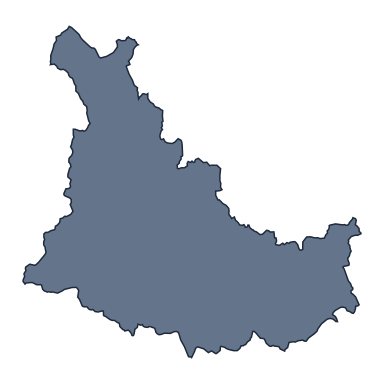 outline of Canas, Cusco, Peru
{"feature_id": "86281439B51394298933174", "entity_name": "Canas", "entity_type": "district", "adm_level": 2, "iso_a3": "PER", "parent_name": "Peru", "parent_adm1": "Cusco", "projection": "natural_earth1", "projection_center": [-71.322, -14.372], "detail": "fine", "context": "isolated", "style": "filled", "palette": "slate", "viewbox_px": 384, "rotation_deg": 0, "n_neighbors": 0, "source": "geoboundaries", "source_scale": "gbopen_adm2", "svg_char_len": 5896}
<svg xmlns="http://www.w3.org/2000/svg" viewBox="0 0 384 384"><path d="M50.5,64.6L54.3,64.1L56.8,66.2L57.6,68.1L60.5,69.7L63.4,69.3L65.0,70.1L68.1,72.8L68.9,75.5L70.2,77.2L72.3,78.2L72.9,79.1L74.4,83.8L75.8,85.8L75.9,91.1L78.4,93.4L80.6,98.6L82.9,101.4L83.9,104.3L86.6,106.4L87.2,110.6L86.7,112.8L88.7,120.8L90.1,123.5L88.7,125.1L87.4,128.1L85.9,130.2L84.7,131.1L83.5,131.1L82.7,130.4L80.1,131.0L75.0,129.2L73.3,129.2L73.3,135.0L74.0,137.0L72.5,139.8L71.5,144.6L70.6,146.7L72.6,150.3L72.8,152.7L71.6,155.6L69.6,157.6L69.0,158.7L68.8,162.0L70.4,164.2L70.9,166.8L69.6,168.4L67.9,174.5L67.9,177.0L71.1,179.8L69.9,183.7L70.5,186.2L70.3,187.2L68.9,188.5L65.9,188.8L63.8,193.8L64.2,195.2L64.9,195.8L70.0,198.1L71.2,199.5L71.2,203.0L70.2,204.5L73.0,211.3L70.8,214.3L69.8,214.9L66.6,216.5L64.6,216.3L62.8,218.0L60.2,218.7L59.7,222.4L57.5,225.0L55.4,226.2L55.1,228.8L54.4,229.8L51.3,230.5L48.1,232.3L45.5,232.4L43.9,234.0L43.9,237.5L44.7,239.4L43.8,241.4L43.6,243.5L43.9,245.3L45.0,247.0L46.0,252.7L45.0,254.5L38.6,262.3L36.0,264.7L34.6,265.3L29.8,264.2L25.7,267.0L25.4,268.7L25.9,270.7L24.0,273.6L24.6,276.7L23.3,279.4L23.0,281.3L25.0,284.1L26.3,282.9L32.3,282.5L36.6,284.7L40.9,284.7L41.6,285.4L42.7,289.3L44.3,290.9L47.5,292.1L48.5,291.7L51.3,292.3L52.1,291.9L57.7,293.1L62.4,290.8L64.4,289.4L72.0,287.5L76.1,287.4L77.3,288.3L78.7,290.6L77.7,297.1L79.6,299.6L82.3,306.1L83.9,306.8L86.9,306.8L89.2,309.4L91.2,309.9L92.7,309.5L95.2,311.6L98.1,312.0L102.9,310.8L103.4,311.4L103.5,315.2L103.9,315.8L105.6,316.4L109.9,319.5L112.2,320.4L114.6,320.4L117.4,322.5L119.3,323.3L119.9,326.6L122.7,329.5L124.1,329.9L124.7,331.0L128.0,330.2L129.2,330.7L131.5,333.8L131.8,335.2L132.6,335.7L133.4,335.5L134.1,333.9L134.9,329.3L137.3,327.3L138.0,324.2L140.7,325.2L142.5,324.6L143.2,326.2L145.0,327.1L147.9,327.4L148.7,326.6L150.2,326.6L154.7,328.2L156.0,332.4L157.3,333.8L159.0,334.7L161.3,334.4L164.4,333.2L170.4,333.4L174.3,331.6L176.6,331.5L178.3,332.4L178.8,333.4L180.7,339.9L184.6,347.0L188.3,356.2L188.7,356.8L190.8,356.9L191.6,357.6L194.7,351.1L195.5,348.5L197.5,346.8L203.7,348.8L208.4,352.6L211.6,350.9L215.5,353.5L216.5,353.5L220.3,350.3L220.2,347.5L221.0,346.3L224.7,347.3L225.9,348.3L229.2,349.6L233.9,350.7L237.4,350.6L239.9,348.4L241.1,345.8L243.5,345.7L244.6,344.7L245.6,344.6L247.4,342.0L250.2,339.9L250.4,338.2L251.4,337.4L252.7,331.5L253.2,331.3L254.1,331.4L255.8,332.8L260.3,338.2L263.2,338.5L264.4,339.1L266.3,343.3L269.5,346.1L271.3,346.3L273.0,345.4L274.5,346.1L278.2,346.5L279.2,347.0L280.2,349.0L284.7,351.1L285.0,349.6L287.6,347.6L289.0,342.5L293.3,341.7L295.2,342.1L298.0,340.8L301.9,340.2L302.9,340.2L304.3,341.1L306.3,341.1L308.5,338.0L314.5,333.6L317.0,331.2L317.9,328.8L321.5,323.8L327.3,319.1L330.3,318.4L333.1,319.1L335.9,321.5L337.5,321.6L336.4,318.2L335.1,316.3L332.5,314.6L333.1,312.7L335.3,310.4L340.5,307.4L342.7,307.1L345.6,307.8L347.0,310.7L350.0,311.7L352.2,313.2L353.4,313.3L354.6,311.7L355.6,308.0L355.6,306.1L357.7,306.0L359.1,304.8L355.6,296.9L352.8,294.1L351.5,293.4L350.9,291.5L351.1,290.6L352.6,289.8L352.9,288.1L351.4,286.3L350.7,283.9L348.3,280.7L344.1,268.9L342.8,267.1L344.0,266.3L348.4,265.4L349.1,264.9L349.1,263.1L347.8,259.5L347.8,258.2L349.4,255.8L350.1,252.9L351.1,251.4L350.0,248.0L349.8,245.7L348.2,243.3L348.7,241.5L348.4,239.9L351.3,236.5L355.4,235.2L357.7,235.3L361.0,233.7L360.8,232.9L359.2,231.3L359.0,228.4L356.8,225.8L355.3,224.8L356.3,220.4L355.5,218.7L352.9,217.7L352.6,218.9L349.3,222.7L348.8,224.2L347.4,225.2L345.8,225.2L344.7,224.6L342.8,224.9L335.5,223.9L329.7,225.2L329.1,225.8L329.3,227.4L328.7,229.3L327.2,231.0L327.5,233.0L325.7,235.1L324.4,238.1L319.9,238.6L318.1,237.8L314.4,237.8L310.7,236.8L306.6,237.0L302.8,242.0L302.7,249.4L302.0,249.9L300.0,250.1L298.9,248.6L297.7,244.7L295.5,242.0L294.4,241.6L290.2,242.2L289.1,243.4L286.8,242.6L284.6,244.6L283.9,244.4L282.8,243.2L279.5,245.3L275.9,244.7L275.4,243.5L276.5,241.6L276.5,240.1L276.0,237.9L274.9,237.9L274.5,237.2L273.9,231.9L270.1,232.0L268.6,230.7L266.6,230.3L262.6,234.2L260.0,234.6L256.5,231.9L254.2,231.1L253.2,229.9L252.4,229.8L249.9,227.8L248.9,225.1L247.9,225.1L247.6,226.4L246.8,227.1L245.3,227.3L244.5,225.2L243.8,224.6L242.2,225.4L239.6,224.9L238.3,222.8L235.4,220.0L234.4,217.0L231.6,218.5L230.3,216.2L229.3,215.2L228.7,212.8L229.1,211.3L228.7,208.4L226.2,205.4L222.9,203.6L219.3,199.9L217.9,199.9L215.7,195.3L215.7,191.1L219.7,190.7L222.0,189.7L220.5,187.2L220.8,183.3L219.9,181.0L219.9,175.2L220.6,168.7L217.0,165.3L211.6,165.2L209.6,165.6L206.7,162.2L203.4,162.6L198.3,158.3L195.7,159.5L194.9,160.8L194.8,162.0L194.0,162.4L193.3,162.3L192.0,161.1L190.4,162.5L188.2,161.5L187.1,163.4L187.4,165.8L184.4,167.8L181.2,167.8L178.9,168.8L177.5,168.4L177.1,165.1L179.2,163.3L179.5,161.3L181.1,159.1L181.0,156.6L182.2,156.2L182.6,155.5L182.2,145.4L181.7,141.8L180.9,140.2L178.1,138.7L174.8,142.2L172.4,143.4L170.9,143.4L167.6,143.0L165.2,141.9L163.5,138.8L161.9,139.7L160.7,139.0L160.1,137.6L159.9,135.3L161.2,130.7L162.5,129.7L161.3,127.7L162.4,126.0L161.7,122.3L163.0,121.4L162.4,116.1L162.7,110.5L161.0,109.7L158.8,107.9L155.4,106.9L154.2,105.7L153.4,104.0L150.1,101.9L147.8,98.3L147.8,93.6L146.4,94.6L143.8,93.7L142.3,94.0L141.6,95.5L139.9,96.7L138.6,99.0L137.9,94.5L138.1,92.9L137.1,90.4L137.5,87.8L134.2,85.2L132.5,80.4L129.1,74.2L126.3,66.7L126.4,65.9L129.9,64.5L129.1,62.0L128.4,61.2L131.7,57.6L133.0,54.2L133.5,49.3L135.4,46.6L137.4,45.0L138.2,44.8L136.5,43.4L136.3,42.2L135.3,41.4L134.5,39.7L132.3,39.6L131.0,38.6L130.1,38.5L128.2,36.8L127.4,38.2L126.6,38.0L126.3,39.3L125.2,40.6L121.4,40.7L119.1,39.6L118.3,39.7L116.3,41.3L117.4,44.6L117.3,47.1L113.5,52.5L106.6,56.4L100.5,58.0L99.0,56.9L95.3,49.3L93.8,48.0L92.4,48.1L90.3,47.1L82.3,39.6L80.6,37.5L79.3,34.8L77.1,32.6L71.5,27.5L69.2,26.4L67.5,29.3L61.9,32.9L60.6,35.1L56.1,37.0L56.5,40.5L54.1,44.1L53.1,48.7L50.7,55.7L50.9,59.2L50.4,61.7L50.9,64.0L50.5,64.6Z" fill="#64748b" stroke="#1e293b" stroke-width="1.5"/></svg>